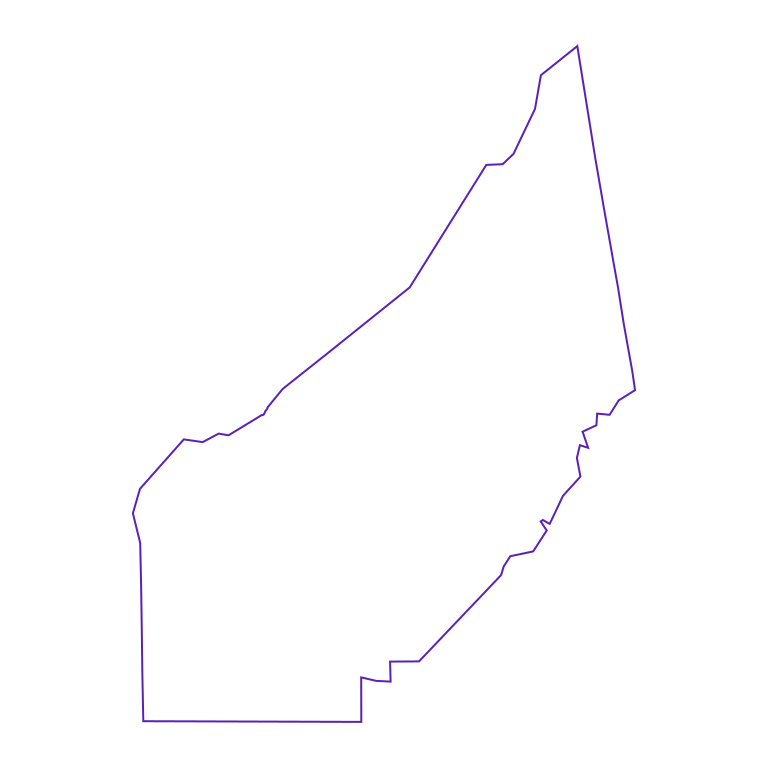 DeKalb, Alabama, United States of America
{"feature_id": "52423323B14233481639127", "entity_name": "DeKalb", "entity_type": "district", "adm_level": 2, "iso_a3": "USA", "parent_name": "United States of America", "parent_adm1": "Alabama", "projection": "natural_earth1", "projection_center": [-85.762, 34.53], "detail": "fine", "context": "isolated", "style": "outline", "palette": "violet", "viewbox_px": 768, "rotation_deg": 0, "n_neighbors": 0, "source": "geoboundaries", "source_scale": "gbopen_adm2", "svg_char_len": 893}
<svg xmlns="http://www.w3.org/2000/svg" viewBox="0 0 768 768"><path d="M143.3,721.2L361.3,721.9L361.2,677.4L376.4,680.9L390.6,681.6L390.1,661.6L419.0,661.4L501.1,575.1L503.7,566.5L510.3,556.2L533.2,551.4L546.7,530.5L540.7,521.4L542.9,520.0L549.7,523.9L563.0,495.8L580.4,476.6L576.9,457.9L579.9,445.2L588.1,447.8L582.6,431.7L596.4,425.2L597.2,413.6L609.6,414.8L618.7,400.4L635.1,390.1L634.9,389.1L632.3,371.3L623.8,324.1L618.1,288.1L617.9,286.8L612.1,254.5L612.1,254.4L602.8,201.9L602.8,201.7L595.4,158.9L577.3,46.1L540.9,75.2L535.0,108.9L513.5,153.9L502.6,164.2L486.3,164.9L409.7,287.4L330.3,351.1L282.7,388.9L267.4,407.6L267.4,408.6L265.2,411.3L264.8,412.6L263.9,414.3L262.9,415.1L261.4,415.2L259.7,416.3L228.5,435.3L218.7,433.6L202.7,442.1L183.8,439.4L140.0,488.8L132.9,513.3L140.2,543.0L141.1,585.0L141.9,637.2L142.3,671.0L143.3,721.2Z" fill="none" stroke="#5b21b6" stroke-width="2"/></svg>